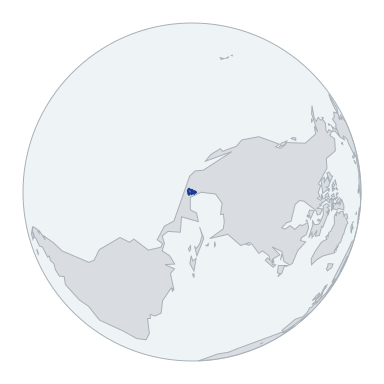 globe centered on Puebla, rotated 92°
{"feature_id": "MEX-2724", "entity_name": "Puebla", "entity_type": "State", "adm_level": 1, "iso_a3": "MEX", "parent_name": "Mexico", "parent_adm1": "", "projection": "orthographic", "projection_center": [-97.844, 19.359], "detail": "fine", "context": "on_globe", "style": "filled", "palette": "blue", "viewbox_px": 384, "rotation_deg": 92, "n_neighbors": 0, "source": "natural_earth", "source_scale": "10m", "svg_char_len": 10726}
<svg xmlns="http://www.w3.org/2000/svg" viewBox="0 0 384 384"><g transform="rotate(92 192 192)"><circle cx="192" cy="192" r="169" fill="#eef3f6" stroke="#a8b0b8"/><path d="M31.2,243.5L31.5,244.7L31.2,243.5ZM248.3,221.1L244.4,219.8L240.9,225.1L227.1,218.4L221.6,209.0L176.2,194.9L170.9,189.8L169.8,181.4L150.2,153.5L160.8,179.7L154.0,174.6L147.7,165.2L150.3,163.0L144.8,149.3L138.2,144.0L134.4,127.1L141.1,106.5L143.9,109.9L145.2,105.0L141.8,100.7L139.3,99.2L139.3,80.5L129.7,70.5L122.0,72.1L127.4,68.5L109.7,75.2L101.5,75.1L113.6,72.5L117.1,70.3L113.0,68.5L115.6,65.9L115.1,63.8L118.7,61.0L125.5,60.3L127.9,58.6L124.9,57.6L126.5,54.5L130.6,56.2L133.9,51.3L145.8,50.2L154.0,59.0L163.5,57.9L179.6,66.0L181.0,63.6L188.0,65.8L192.2,64.1L194.0,66.6L195.8,63.1L193.4,61.2L193.4,59.2L195.6,58.1L198.3,60.9L197.6,61.8L199.5,62.1L199.9,64.1L201.0,62.5L203.9,66.4L204.4,61.1L209.6,63.0L210.6,66.0L206.1,67.5L197.2,79.9L196.8,84.3L200.9,88.5L217.9,92.0L219.4,96.5L224.6,101.1L225.8,97.6L222.2,92.8L225.8,87.8L221.0,83.0L221.7,80.5L218.5,75.3L223.8,74.3L230.7,76.4L233.6,80.8L236.8,82.0L237.9,76.7L247.1,84.4L259.7,89.1L261.6,91.6L258.2,97.8L248.4,100.0L244.0,110.0L251.7,102.0L256.3,109.2L259.1,110.0L261.7,109.0L261.9,105.8L264.4,108.2L257.8,116.4L255.3,114.4L257.5,111.6L252.9,113.0L248.4,119.5L251.0,123.1L241.5,130.6L243.3,133.4L242.2,137.0L240.0,131.8L243.8,141.5L233.0,154.7L237.9,172.5L227.8,159.5L220.9,158.7L213.0,159.8L213.6,162.7L202.2,161.5L193.2,168.4L191.9,182.9L197.4,193.5L209.9,193.1L212.8,186.7L221.4,184.6L217.2,201.6L232.6,202.3L232.2,214.6L237.0,220.3L244.2,217.8L251.9,219.7L256.6,212.0L264.6,206.8L265.5,216.5L269.3,206.8L274.2,210.7L289.5,206.9L288.5,209.4L301.6,217.6L314.3,218.7L317.2,224.7L315.9,229.5L319.9,229.2L320.0,232.0L334.9,229.7L341.3,232.8L340.3,242.3L333.3,256.0L323.3,279.9L309.7,291.6L303.8,300.8L288.9,315.3L281.0,316.8L280.7,321.5L274.3,325.9L268.4,327.5L265.3,331.2L260.9,332.2L262.3,333.9L252.1,339.6L251.5,342.5L243.4,346.5L243.1,347.9L241.1,348.3L238.3,349.2L237.0,350.2L232.2,349.6L234.2,345.9L238.4,343.5L235.8,343.5L245.0,336.9L241.1,338.6L247.3,329.0L255.4,319.8L265.9,292.6L263.7,287.5L252.8,282.6L240.0,262.4L244.4,252.6L241.1,248.5L251.6,233.6L248.3,221.1ZM56.7,168.5L57.6,164.6L58.5,167.5L56.7,168.5ZM57.1,161.9L57.0,163.3L56.9,162.1L57.1,161.9ZM56.4,160.9L56.9,161.7L56.2,161.2L56.4,160.9ZM55.3,159.9L56.0,160.3L55.8,160.4L55.3,159.9ZM238.0,178.6L255.6,184.9L246.6,187.3L248.1,185.5L243.5,182.5L235.1,180.3L226.9,183.2L238.0,178.6ZM54.1,157.3L53.8,156.5L54.5,156.5L54.1,157.3ZM243.7,167.7L240.8,167.5L243.5,167.0L243.7,167.7ZM137.7,99.0L141.5,101.0L143.5,106.0L140.1,104.6L137.7,99.0ZM134.3,90.2L136.8,90.1L135.1,94.8L134.2,93.4L134.3,90.2ZM115.9,74.1L118.5,74.9L115.1,75.1L115.9,74.1ZM114.5,64.0L112.9,64.7L113.3,63.3L114.5,64.0ZM215.8,76.3L217.1,75.8L217.1,77.0L215.8,76.3ZM213.2,74.6L212.1,76.3L210.7,75.8L211.4,74.8L213.2,74.6ZM119.1,58.0L120.3,55.9L120.3,57.9L119.1,58.0ZM214.8,72.7L208.3,74.7L205.9,73.8L206.4,69.2L214.8,72.7ZM121.7,54.5L124.5,49.9L121.2,50.8L131.9,46.0L126.1,51.2L126.6,53.4L124.3,53.2L121.7,54.5ZM191.6,61.1L194.3,63.0L190.0,62.5L191.6,61.1ZM188.8,61.3L175.5,63.4L172.7,60.3L177.7,60.1L172.4,57.3L177.5,54.7L181.6,55.6L182.4,58.0L183.8,55.3L188.8,61.3ZM137.4,44.3L139.1,43.2L138.6,44.2L137.4,44.3ZM193.0,58.3L190.6,58.9L188.0,56.2L192.4,54.6L191.8,55.9L193.0,58.3ZM168.4,57.9L167.2,55.9L171.1,53.1L171.2,52.0L177.4,54.4L168.4,57.9ZM193.6,56.0L194.7,53.9L198.0,54.3L195.3,57.6L193.6,56.0ZM185.4,56.2L184.4,54.9L186.4,55.1L185.4,56.2ZM210.4,55.1L207.5,55.5L205.9,54.0L210.4,55.1ZM194.9,53.2L193.7,53.1L192.8,52.6L194.2,51.4L194.9,53.2ZM179.7,52.4L181.6,51.8L177.4,51.3L180.1,49.5L183.8,51.5L183.3,49.9L184.1,49.3L186.2,51.6L179.7,52.4ZM192.7,49.0L198.3,51.4L204.0,50.8L205.6,51.9L196.2,52.7L192.7,49.0ZM188.7,50.3L191.6,49.7L192.1,51.3L190.5,52.7L188.7,50.3ZM180.6,47.7L175.5,49.9L174.9,49.4L180.6,47.7ZM194.3,48.5L192.9,48.0L194.6,48.3L194.3,48.5ZM184.7,47.5L183.0,48.3L182.3,47.7L184.7,47.5ZM191.6,46.4L193.4,47.1L192.3,47.9L191.6,46.4ZM188.3,46.6L187.8,45.7L190.9,47.9L187.7,47.0L188.3,46.6ZM184.3,46.8L183.4,46.7L185.2,46.6L184.3,46.8ZM194.4,42.9L198.5,45.5L196.2,47.3L192.6,44.5L194.4,42.9ZM239.3,351.0L232.2,350.1L236.6,350.4L242.0,348.4L244.9,349.3L239.3,351.0ZM254.3,345.1L259.2,343.3L259.7,343.5L256.4,344.8L254.3,345.1ZM302.1,63.9L302.9,64.5L308.9,70.0L307.7,69.0L313.2,75.4L326.8,92.3L328.7,96.5L327.1,97.2L315.5,84.3L312.7,76.7L308.5,72.8L303.4,70.2L303.0,68.3L300.5,66.6L298.9,63.9L291.0,57.2L288.6,54.7L280.0,49.6L277.6,47.8L283.3,51.1L286.0,52.4L279.2,47.3L276.3,45.6L271.3,42.9L270.0,42.1L266.0,40.2L259.4,37.1L264.2,39.6L258.4,37.3L251.5,34.5L250.4,34.4L261.7,39.2L265.5,40.8L267.3,41.3L278.3,47.1L281.8,49.5L273.5,45.8L277.6,49.1L269.4,45.4L243.9,33.6L236.1,30.5L234.6,28.6L239.5,29.9L242.6,31.1L244.8,31.5L242.2,30.7L241.2,30.4L235.4,28.7L234.4,28.4L230.6,27.6L228.7,27.1L231.2,27.6L221.0,25.6L218.9,25.2L231.9,27.8L244.7,31.5L257.1,36.1L269.2,41.7L280.7,48.2L291.7,55.6L302.1,63.9ZM213.7,24.4L213.4,24.4L212.1,24.2L213.7,24.4ZM207.3,23.7L206.6,23.7L202.4,23.6L200.4,23.3L201.6,23.3L207.3,23.7ZM200.3,23.2L200.5,23.3L198.5,23.3L197.5,23.1L196.1,23.2L192.6,23.1L193.4,23.3L178.4,25.2L170.1,25.8L170.9,25.1L158.3,27.9L150.0,29.4L151.6,29.3L146.6,31.3L149.2,30.8L149.6,31.0L138.1,37.2L133.8,38.9L130.7,42.6L131.5,42.7L134.5,41.5L131.9,46.0L121.2,50.8L119.9,50.2L114.1,54.1L111.8,52.4L107.3,53.2L108.1,49.9L104.5,51.3L102.6,52.7L96.2,56.0L89.5,58.8L103.1,50.1L114.8,47.1L110.7,47.5L114.1,45.7L114.1,44.9L111.0,45.6L109.2,46.7L116.7,40.9L115.5,41.3L126.9,36.1L138.6,31.7L150.6,28.2L162.9,25.6L175.3,23.9L187.8,23.1L200.3,23.2ZM360.3,177.4L360.5,180.0L359.4,176.7L353.0,160.7L350.9,150.1L346.8,140.8L329.0,97.3L329.4,95.7L322.0,84.0L329.8,94.2L336.8,104.9L343.0,116.1L348.3,127.8L352.7,139.8L356.2,152.1L358.7,164.7L360.3,177.4ZM340.0,115.8L341.6,118.7L340.0,115.8ZM289.9,206.7L291.9,208.1L289.5,208.7L289.9,206.7ZM245.8,191.6L249.3,191.3L251.3,192.6L248.7,193.5L245.8,191.6ZM273.9,187.0L277.6,187.1L274.0,188.7L273.9,187.0ZM258.3,185.6L270.9,187.3L263.7,191.6L255.7,190.6L260.9,188.9L258.3,185.6ZM243.1,173.7L245.4,174.2L245.1,176.1L243.1,173.7ZM245.8,167.5L244.9,167.7L243.6,166.4L245.8,167.5ZM256.7,108.7L257.3,108.1L260.2,107.8L259.3,109.3L256.7,108.7ZM269.8,99.2L273.7,103.4L270.3,101.3L269.9,103.9L262.4,103.1L262.1,92.9L263.6,97.5L269.8,99.2ZM252.3,100.0L257.1,101.2L251.8,100.3L252.3,100.0ZM288.6,61.1L289.9,60.9L293.3,63.4L296.4,68.0L291.5,64.3L288.6,61.1ZM291.0,60.2L281.9,56.0L279.6,53.4L282.5,55.5L281.8,54.2L286.2,57.3L292.9,59.5L296.3,62.0L300.2,68.3L297.0,64.7L295.9,64.8L291.0,60.2ZM262.9,54.1L258.9,53.4L259.0,48.5L262.7,49.7L266.1,54.0L263.7,55.1L262.9,54.1ZM216.9,64.6L215.4,65.5L214.7,64.6L215.4,63.1L216.9,64.6ZM209.2,55.4L222.8,60.1L221.8,61.2L231.0,63.2L231.9,67.2L225.8,65.6L233.4,70.5L228.3,70.7L233.7,73.8L220.2,70.0L216.0,70.7L220.4,68.3L219.8,64.5L218.2,63.2L210.6,60.0L201.0,60.4L198.9,57.1L199.8,54.8L201.8,54.2L202.6,56.4L204.7,54.1L207.3,56.8L209.2,55.4ZM212.8,35.5L212.9,37.2L217.5,35.1L220.2,36.9L220.5,36.6L224.3,37.9L229.4,39.0L229.9,40.0L231.7,40.1L234.2,41.1L236.8,41.6L238.7,43.7L242.1,44.5L241.1,45.1L246.3,46.0L243.3,46.3L246.2,48.0L247.6,46.9L251.5,59.3L255.5,65.1L260.5,70.0L254.6,70.5L246.2,66.4L237.4,60.7L234.4,55.4L232.3,56.8L230.2,54.8L232.7,54.5L227.6,53.8L226.6,52.1L218.7,48.5L211.9,49.0L208.9,47.9L211.1,46.9L206.5,46.6L208.5,44.0L206.4,43.3L206.3,40.3L211.7,39.1L208.9,38.4L208.6,36.4L212.8,35.5ZM194.6,42.0L200.4,39.7L204.7,39.7L203.2,45.0L204.8,46.1L204.0,50.0L197.7,50.0L198.6,48.8L197.9,47.7L200.1,48.1L197.8,47.0L198.9,45.4L197.4,44.2L199.7,43.7L194.6,42.0ZM317.5,78.9L317.7,79.1L314.7,75.9L313.5,74.6L315.2,76.4L317.5,78.9ZM310.0,71.1L313.2,74.3L312.0,73.1L310.0,71.1ZM282.0,50.1L280.4,48.9L281.4,49.4L283.6,50.7L282.0,50.1ZM227.0,31.4L226.3,31.9L225.2,31.7L220.8,32.0L218.5,30.9L220.2,30.3L227.0,31.4ZM223.7,30.3L222.2,30.5L222.0,29.8L223.7,30.3ZM216.6,30.2L215.8,29.4L217.7,30.9L216.6,30.2ZM201.7,24.2L210.4,24.7L215.0,24.9L215.2,24.7L218.6,25.5L211.4,25.1L201.7,24.2ZM181.5,24.9L181.4,25.6L179.0,25.6L178.7,25.4L181.5,24.9ZM183.1,25.1L187.6,25.6L185.9,26.2L182.7,25.7L183.1,25.1ZM205.9,26.9L208.6,27.0L208.7,27.5L205.9,26.9ZM31.6,244.7L31.1,243.7L31.6,244.7ZM137.6,43.3L138.9,43.2L137.0,43.9L137.6,43.3ZM151.1,30.7L151.4,31.1L149.1,31.7L151.1,30.7ZM150.8,32.6L153.2,31.6L151.5,32.7L150.8,32.6ZM158.3,29.6L154.5,31.3L156.9,29.6L158.3,29.6Z" fill="#d9dde1" stroke="#a8b0b8" stroke-width="1"/><path d="M189.8,193.0L189.8,192.9L189.7,192.8L189.8,192.6L189.8,192.3L189.8,192.2L189.7,192.0L189.7,191.9L189.8,191.7L190.0,191.8L190.2,191.7L190.3,191.8L190.3,192.0L190.5,192.1L190.6,192.3L190.7,192.5L190.9,192.6L191.0,192.7L191.3,192.7L191.4,192.4L191.5,192.5L191.8,192.6L192.0,192.5L192.0,192.4L191.9,192.3L191.9,192.2L192.0,192.2L192.3,192.2L192.5,192.2L192.4,191.9L192.2,191.7L192.0,191.8L192.0,191.7L191.9,191.6L192.0,191.5L191.9,191.4L191.7,191.3L191.6,191.2L191.4,190.9L191.4,191.0L191.2,191.1L191.0,190.9L190.9,190.6L190.9,190.4L191.0,190.3L191.1,190.2L191.2,189.9L191.3,189.9L191.2,189.7L190.9,189.5L190.8,189.4L190.9,189.2L191.0,189.2L191.2,188.9L191.4,188.8L191.6,188.7L191.7,188.4L191.7,188.2L191.8,187.9L191.9,187.7L192.0,187.7L192.2,187.8L192.3,187.8L192.3,188.0L192.3,188.3L192.5,188.3L192.8,188.5L192.7,188.7L192.6,188.8L192.4,188.7L192.4,188.8L192.2,188.8L192.2,189.0L192.2,189.3L192.3,189.4L192.4,189.5L192.5,189.6L192.7,189.8L192.8,189.8L192.8,189.7L193.0,189.5L193.0,189.4L193.3,189.3L193.5,189.5L193.8,189.6L194.0,189.7L193.9,189.9L193.8,190.0L193.7,190.1L193.6,190.3L193.5,190.5L193.5,190.8L193.4,191.0L193.3,191.4L193.4,191.5L193.5,191.6L193.4,191.7L193.2,191.7L193.2,191.8L193.3,191.8L193.5,191.9L193.7,192.1L193.8,192.1L194.0,192.2L194.3,192.1L194.4,192.3L194.2,192.4L194.1,192.5L193.9,192.5L193.7,192.6L193.7,193.0L193.7,193.3L193.5,193.5L193.4,193.6L193.4,193.8L193.5,194.0L193.8,194.0L194.0,194.1L194.0,194.3L194.1,194.5L194.3,194.6L194.5,194.5L194.6,194.4L194.8,194.4L195.0,194.6L195.1,194.8L195.0,195.0L194.9,195.2L194.7,195.3L194.5,195.5L194.4,195.6L194.0,195.6L193.8,195.5L193.6,195.5L193.4,195.7L193.3,195.8L193.2,196.0L192.9,195.9L192.9,195.7L192.7,195.6L192.6,195.4L192.7,195.1L192.7,194.9L192.6,195.0L192.4,195.1L192.1,195.4L192.1,195.6L192.2,195.8L192.3,195.8L192.3,196.0L192.1,196.2L192.0,196.3L191.9,196.3L191.9,196.2L191.8,195.9L191.5,195.9L191.2,195.9L191.1,196.0L190.9,196.3L190.7,196.2L190.6,196.3L190.4,196.2L190.2,196.1L189.9,196.1L189.6,196.0L189.4,195.9L189.2,195.7L189.0,195.4L188.9,195.4L188.7,195.3L188.6,195.1L188.7,194.9L188.8,194.9L189.0,194.7L189.3,194.5L189.6,194.7L189.6,194.8L189.7,194.7L189.6,194.4L189.5,194.1L189.7,193.9L189.6,193.7L189.7,193.4L189.7,193.2L189.8,193.0Z" fill="#3b82f6" stroke="#1e3a8a" stroke-width="1.5"/></g></svg>